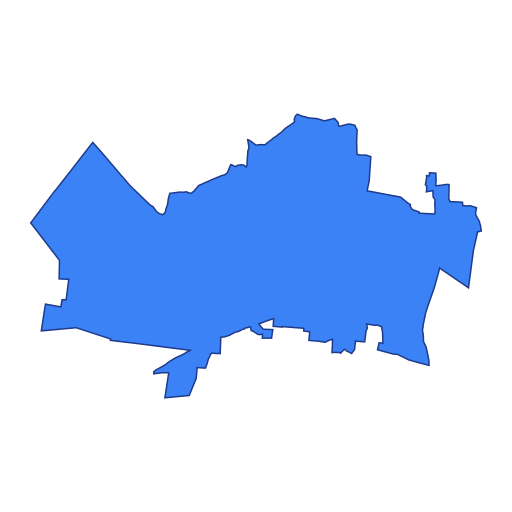 the district of Yaxkukul, Yucatán, Mexico
{"feature_id": "50627088B96135339135610", "entity_name": "Yaxkukul", "entity_type": "district", "adm_level": 2, "iso_a3": "MEX", "parent_name": "Mexico", "parent_adm1": "Yucatán", "projection": "albers", "projection_center": [-89.436, 21.056], "detail": "fine", "context": "isolated", "style": "filled", "palette": "blue", "viewbox_px": 512, "rotation_deg": 0, "n_neighbors": 0, "source": "geoboundaries", "source_scale": "gbopen_adm2", "svg_char_len": 3835}
<svg xmlns="http://www.w3.org/2000/svg" viewBox="0 0 512 512"><path d="M275.5,136.7L273.5,137.9L272.5,138.9L267.6,142.6L264.9,144.8L260.8,144.6L255.9,145.1L253.2,143.0L249.1,140.1L247.7,139.7L248.8,146.3L248.9,148.4L247.9,150.7L247.1,161.8L247.0,165.2L246.1,167.0L245.5,166.3L243.4,165.0L240.8,164.8L237.8,165.3L235.3,166.6L231.8,164.9L230.8,164.6L228.6,169.6L227.5,172.6L224.9,174.7L221.5,175.7L214.1,178.7L198.7,185.5L195.3,189.5L194.0,191.1L191.2,193.3L188.9,192.9L186.4,191.8L183.4,192.2L179.3,192.1L171.2,193.2L169.8,193.3L168.3,198.8L167.5,204.8L166.0,208.7L165.7,210.8L164.6,213.1L162.7,214.7L159.3,213.6L156.7,211.7L155.4,210.0L153.1,206.8L149.8,204.7L129.9,185.5L122.6,176.9L122.4,176.8L104.8,156.1L92.8,142.4L88.3,148.1L83.0,154.9L73.6,167.1L55.6,190.1L54.9,190.7L54.4,191.4L54.0,191.9L31.4,222.0L30.7,222.9L36.3,230.2L36.4,230.3L36.5,230.4L52.2,250.9L52.3,251.0L59.5,260.4L59.1,278.9L68.8,279.3L68.4,281.8L68.2,284.0L67.9,285.8L66.2,299.7L62.1,299.7L60.8,306.9L45.5,304.1L44.8,308.2L41.3,330.9L76.1,327.7L86.6,331.1L110.7,339.0L110.4,340.4L110.6,340.4L136.0,343.4L168.8,347.6L190.3,350.3L189.6,350.9L186.8,352.0L183.7,354.1L176.5,357.4L175.2,358.0L168.5,362.1L165.7,364.5L155.8,370.1L153.8,371.6L153.8,373.8L157.6,373.3L161.6,372.8L166.9,372.7L168.7,372.9L164.9,397.8L189.2,395.5L196.2,378.4L197.2,367.6L205.5,368.1L207.1,363.7L207.7,361.5L208.3,359.2L209.4,357.2L210.3,354.6L212.0,353.0L212.8,353.1L214.5,353.4L220.2,353.6L220.8,337.2L224.5,336.9L229.2,335.4L235.1,332.2L237.4,331.6L238.6,331.5L239.4,330.9L240.3,330.6L242.6,329.3L244.8,328.8L245.6,327.7L247.7,327.7L249.0,327.1L250.5,326.7L251.1,330.5L254.1,331.8L257.2,334.0L259.3,334.7L262.5,334.2L262.3,338.1L271.6,338.1L272.0,335.1L272.8,329.6L263.2,329.2L258.8,324.0L266.2,321.1L273.6,318.6L273.2,326.3L282.1,327.1L282.1,326.6L303.8,328.3L303.7,331.0L309.7,331.8L308.9,340.4L318.6,341.2L324.9,342.3L326.2,341.8L327.1,341.2L328.2,340.8L329.9,340.0L332.5,339.4L332.4,343.6L332.4,346.7L332.2,347.2L332.1,350.0L332.0,352.6L334.0,352.4L339.5,352.5L340.7,353.2L340.9,352.8L341.0,352.7L341.2,352.4L344.4,349.4L345.3,349.5L346.3,350.7L347.1,351.3L348.7,351.9L351.6,353.5L354.6,349.5L355.0,344.7L355.4,343.7L355.3,341.1L364.7,341.9L366.1,330.4L366.8,329.6L367.4,327.6L366.5,324.2L368.4,324.3L375.5,325.4L376.3,325.0L377.2,325.1L378.1,325.5L378.6,325.6L381.6,326.6L381.6,327.1L382.6,332.7L382.9,343.2L379.1,342.7L377.5,349.8L391.6,353.6L393.5,354.1L394.6,354.2L397.3,354.3L409.0,360.0L418.8,362.7L429.0,365.4L429.0,360.9L426.9,350.5L426.1,347.0L423.6,341.8L423.5,340.7L423.3,335.0L422.7,331.4L422.4,329.8L423.0,327.7L423.1,325.3L425.9,311.9L428.9,303.1L434.2,288.0L438.9,271.2L439.5,268.0L468.5,287.8L473.4,250.6L477.6,231.9L481.3,231.0L480.4,225.0L480.0,224.2L479.4,221.5L475.6,214.6L475.7,212.4L476.5,207.7L470.5,205.8L465.5,205.9L464.2,205.6L462.8,205.7L462.5,202.2L449.8,201.6L449.7,200.7L448.8,198.7L449.1,184.6L448.4,184.5L446.2,184.4L442.9,185.0L437.8,185.6L435.7,185.7L435.8,184.0L436.1,180.2L436.0,176.8L435.8,173.1L429.5,172.8L429.3,176.0L426.6,175.6L426.5,178.0L426.4,178.7L426.0,181.5L425.4,184.8L426.8,186.0L426.5,187.7L426.8,189.0L426.3,191.8L432.9,190.7L433.1,197.0L435.0,199.5L434.8,204.3L435.1,211.5L434.6,214.0L419.0,213.2L419.1,212.0L416.2,210.9L414.1,210.2L412.4,209.7L410.2,206.5L410.4,205.4L410.3,204.4L408.4,203.5L400.8,197.2L399.9,197.0L367.1,190.8L369.2,180.9L370.8,156.7L366.1,155.1L360.3,155.1L357.0,154.3L356.6,142.3L357.1,129.9L355.8,127.6L354.9,125.3L349.8,124.0L346.7,124.4L341.5,125.8L340.6,126.3L338.5,125.9L338.6,125.1L338.1,122.5L336.9,121.1L334.5,118.4L325.4,120.6L324.6,120.9L317.0,118.6L308.4,117.9L306.0,117.0L302.2,116.2L297.4,114.2L295.8,115.4L294.3,118.8L294.5,121.9L293.1,123.1L287.5,126.9L285.3,128.4L284.5,129.2L281.7,132.0L280.0,133.3L279.6,133.4L275.6,136.7L275.5,136.7Z" fill="#3b82f6" stroke="#1e3a8a" stroke-width="1.5"/></svg>